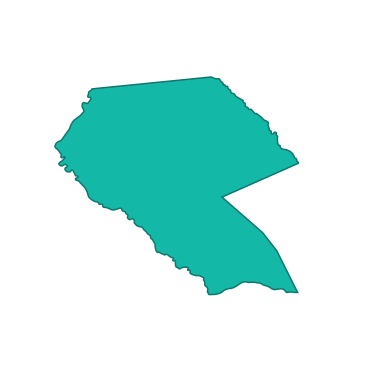 San Fernando, Ocotepeque, Honduras (Equal Earth projection), rotated 65°
{"feature_id": "27666195B54888668150426", "entity_name": "San Fernando", "entity_type": "district", "adm_level": 2, "iso_a3": "HND", "parent_name": "Honduras", "parent_adm1": "Ocotepeque", "projection": "equal_earth", "projection_center": [-89.101, 14.691], "detail": "fine", "context": "isolated", "style": "filled", "palette": "teal", "viewbox_px": 384, "rotation_deg": 65, "n_neighbors": 0, "source": "geoboundaries", "source_scale": "gbopen_adm2", "svg_char_len": 6022}
<svg xmlns="http://www.w3.org/2000/svg" viewBox="0 0 384 384"><g transform="rotate(65 192 192)"><path d="M173.0,91.2L172.7,91.9L172.7,92.4L172.9,92.8L173.5,93.3L173.6,93.7L173.6,94.0L173.3,94.9L173.1,95.2L172.7,95.4L172.2,95.4L171.2,94.7L170.5,94.6L169.7,94.9L168.7,95.7L168.2,95.8L166.8,95.1L164.5,95.0L163.3,94.9L163.0,94.7L162.5,94.1L162.1,93.7L161.3,93.6L160.8,93.6L159.5,94.3L158.9,94.8L157.9,95.7L157.2,96.2L155.7,96.8L153.4,97.6L148.9,100.0L148.0,100.6L147.7,101.5L147.4,101.8L142.2,103.4L141.9,103.7L141.6,104.8L141.2,105.4L140.6,105.7L139.4,105.7L138.9,105.9L138.4,106.3L137.6,107.1L137.2,107.3L136.8,107.4L136.5,107.4L135.4,106.6L134.5,106.4L133.7,106.6L132.6,107.3L132.1,107.5L131.6,107.5L130.8,107.1L130.5,107.1L129.8,107.6L127.6,109.3L124.2,111.6L123.5,111.9L121.9,112.0L120.7,112.4L120.2,112.9L119.4,114.0L118.7,114.5L117.9,114.6L116.8,114.2L116.2,114.2L115.5,114.4L114.5,115.1L113.6,115.5L113.0,115.5L112.0,115.2L111.5,115.2L111.1,115.4L110.9,115.7L110.8,116.6L110.5,117.0L110.2,117.1L109.4,116.9L108.9,117.0L108.5,117.4L108.1,118.2L107.8,118.5L107.3,118.4L106.7,117.9L106.3,117.9L105.7,118.1L104.6,118.7L103.8,119.1L103.0,119.3L101.9,119.2L101.3,119.4L100.9,119.6L100.6,120.0L99.7,122.0L98.7,123.4L97.4,124.7L95.9,125.9L56.3,239.0L56.7,239.6L57.1,240.4L57.3,241.1L57.4,242.4L57.7,243.2L58.4,243.8L59.7,244.6L61.1,246.1L61.6,246.2L62.2,245.9L62.9,245.1L63.4,244.1L63.8,243.9L64.2,243.9L64.8,244.2L65.6,245.2L67.4,248.6L67.5,248.9L67.4,249.5L67.0,250.1L65.7,251.6L65.2,252.3L65.2,252.8L65.2,253.3L65.4,253.6L65.6,254.0L68.1,255.5L69.0,255.6L71.1,255.5L72.2,255.5L73.0,255.8L73.5,256.3L74.6,258.9L75.5,260.8L76.7,266.8L77.1,268.4L77.5,269.5L79.0,271.9L80.2,273.6L81.3,274.8L82.8,276.0L83.2,276.6L85.3,280.5L89.3,287.5L89.7,288.3L89.9,289.3L90.0,290.2L89.9,292.1L90.2,293.6L90.5,294.4L91.0,295.3L91.7,296.1L92.3,296.7L93.0,297.0L93.8,297.0L94.6,296.8L96.3,296.0L97.4,295.6L99.9,295.1L102.3,294.7L103.1,294.7L103.5,295.0L104.5,295.8L105.1,296.0L105.5,295.9L105.9,295.6L106.2,295.0L106.2,294.4L106.0,293.6L106.0,293.0L106.4,292.6L106.9,292.5L107.2,292.7L107.5,293.2L108.2,294.6L108.9,296.9L109.3,299.2L109.6,300.1L109.8,300.4L110.2,300.7L110.6,300.8L111.0,300.8L111.5,300.6L112.2,300.3L112.8,299.8L113.2,299.3L113.4,298.8L113.5,298.3L113.4,297.7L113.2,296.6L113.3,295.7L113.5,295.2L113.9,294.8L114.9,294.1L115.7,294.0L116.3,294.4L116.5,295.1L116.5,296.0L116.6,296.6L116.9,297.0L117.4,297.4L118.2,297.6L119.1,297.5L119.9,297.2L120.7,296.7L121.6,295.5L121.9,295.0L122.1,294.5L122.1,293.9L122.0,293.4L121.8,292.9L121.4,292.4L121.3,291.8L121.4,291.2L121.9,290.8L124.8,290.6L128.0,290.7L128.4,290.4L128.7,289.5L129.0,289.1L129.4,288.8L129.8,288.7L130.3,289.0L130.6,289.6L130.6,290.1L130.5,291.0L130.6,291.7L131.0,292.2L131.5,292.3L132.1,292.1L132.6,291.8L133.7,290.4L134.5,289.9L138.5,288.7L141.7,287.5L142.7,287.2L145.4,287.0L147.5,287.0L148.6,287.1L150.7,287.5L152.2,287.6L153.3,287.6L154.6,287.2L156.5,286.3L158.7,284.7L159.9,283.7L161.1,282.0L161.8,281.4L162.4,281.2L163.4,281.4L163.9,281.2L164.3,280.6L164.4,279.7L164.6,279.2L164.8,278.8L165.2,278.5L165.6,278.4L166.1,278.3L167.1,278.8L167.6,278.9L168.1,278.8L168.6,278.4L169.8,276.4L170.4,275.6L171.2,274.8L173.2,273.2L174.2,272.2L174.8,271.3L175.3,270.2L175.6,268.6L175.8,267.2L176.0,265.1L176.1,264.2L176.5,263.5L177.0,263.0L177.7,262.8L178.8,263.1L179.6,263.0L180.4,262.5L181.2,261.4L181.6,261.0L182.2,260.9L183.1,261.0L183.8,260.9L184.4,260.6L185.2,260.1L185.6,259.9L186.3,260.1L187.1,260.8L187.8,261.2L188.6,261.3L189.7,261.0L190.2,260.7L190.6,260.1L190.9,259.4L190.9,258.3L191.1,257.6L191.5,256.9L192.0,256.4L192.7,256.3L193.4,256.3L194.0,256.5L194.9,257.1L195.6,257.3L196.4,257.2L197.9,256.7L199.3,256.1L200.3,255.3L201.1,254.5L202.0,252.8L202.4,252.4L203.0,252.1L204.1,251.7L205.6,251.6L206.4,251.4L209.2,250.1L210.7,250.0L211.5,249.8L212.0,249.5L213.1,248.6L213.7,248.3L214.5,248.3L215.8,248.8L216.5,248.9L217.3,248.6L218.2,248.0L218.7,247.9L220.9,247.8L223.2,247.4L224.0,247.6L225.8,248.5L227.9,249.0L230.1,249.3L231.0,249.3L231.6,249.1L232.0,248.9L232.3,248.6L232.6,247.4L233.0,247.0L237.2,243.8L237.5,243.1L237.6,242.2L237.7,241.7L237.9,241.2L238.2,240.9L239.1,240.3L240.4,239.8L241.3,239.3L242.2,238.7L243.3,237.4L243.9,236.9L244.3,236.9L244.7,237.0L245.0,237.3L245.4,238.0L245.9,238.3L246.2,238.3L246.5,238.1L246.8,237.6L246.9,237.0L247.0,236.7L247.6,236.5L248.6,236.6L249.9,237.4L250.8,237.7L253.2,238.1L253.6,237.9L254.1,237.2L254.6,236.8L256.0,236.3L256.3,235.9L256.5,235.3L256.3,233.4L256.4,232.6L256.5,231.9L257.4,229.7L258.1,228.4L258.3,228.1L258.9,227.7L259.7,227.7L260.1,228.0L260.5,228.7L261.0,228.9L261.4,228.6L261.9,227.5L262.2,227.3L262.5,227.1L262.9,227.0L263.3,227.1L263.7,227.4L264.1,227.9L264.5,228.0L265.0,227.9L265.7,227.6L267.3,226.2L269.2,224.0L269.9,223.0L270.3,221.5L270.6,221.0L274.5,217.7L275.1,217.7L276.0,218.4L276.7,218.7L277.4,218.7L278.7,218.5L279.3,218.6L280.9,219.4L281.8,219.7L282.9,219.6L284.4,218.7L285.4,218.5L286.2,218.6L286.8,218.8L288.4,219.9L289.2,220.2L289.9,220.2L292.2,219.9L294.7,214.0L295.5,209.8L295.5,208.4L295.2,206.5L294.8,205.1L294.6,202.7L294.8,200.6L295.1,199.4L295.9,197.3L296.2,195.1L296.1,192.7L295.9,190.3L295.5,188.5L295.2,186.0L295.3,184.0L295.6,182.3L296.7,180.4L297.8,179.0L299.9,174.1L300.7,172.8L301.8,171.4L303.1,169.2L304.3,168.0L305.9,167.1L307.2,165.8L308.6,164.1L309.5,163.2L311.0,162.0L313.6,160.4L315.3,158.6L317.3,152.2L318.7,150.2L320.7,149.4L322.6,149.0L323.4,148.0L323.9,146.0L324.4,144.5L326.5,141.3L327.7,138.7L281.1,140.0L258.6,145.2L209.3,167.0L210.9,83.5L210.4,83.2L210.0,83.2L209.7,83.3L208.9,83.8L208.2,84.0L207.6,83.8L206.7,83.4L206.2,83.4L205.8,83.5L205.1,84.2L204.7,84.4L202.6,84.4L201.2,84.5L199.4,84.8L198.0,85.3L196.4,86.1L194.8,87.5L193.2,89.1L191.7,91.4L190.7,92.4L189.8,92.9L189.0,93.1L188.5,93.0L187.8,92.7L187.1,92.7L186.6,93.0L186.2,93.7L185.9,93.8L183.6,93.6L182.9,93.4L179.9,92.2L178.4,91.2L177.8,91.0L177.3,91.0L176.4,91.3L175.8,91.4L175.2,91.2L174.4,90.7L174.0,90.6L173.4,90.8L173.0,91.2Z" fill="#14b8a6" stroke="#0f766e" stroke-width="1.5"/></g></svg>